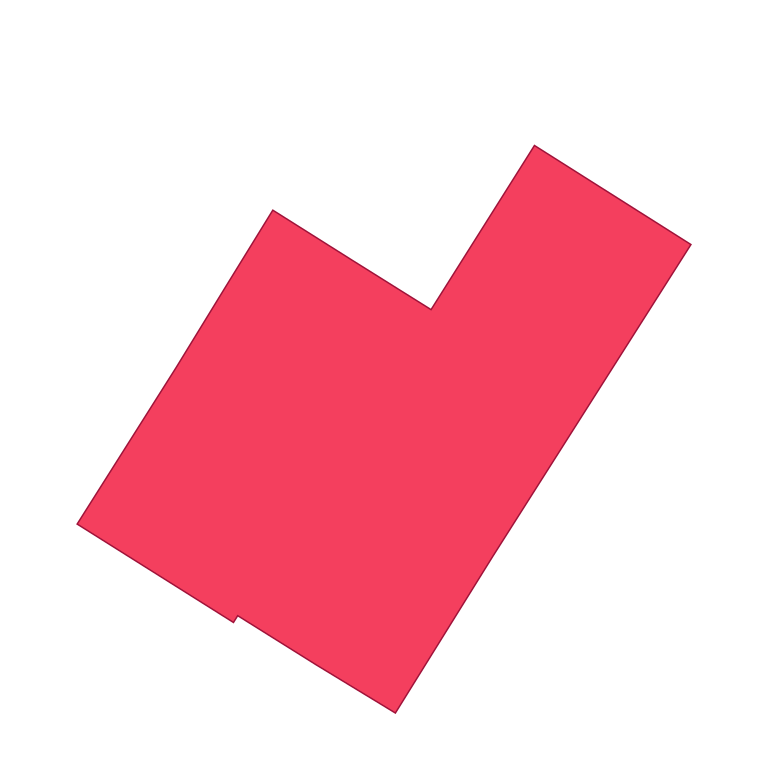 the district of Montcalm, Michigan, United States of America, rotated 122°
{"feature_id": "52423323B91024562611381", "entity_name": "Montcalm", "entity_type": "district", "adm_level": 2, "iso_a3": "USA", "parent_name": "United States of America", "parent_adm1": "Michigan", "projection": "orthographic", "projection_center": [-85.151, 43.293], "detail": "fine", "context": "isolated", "style": "filled", "palette": "rose", "viewbox_px": 768, "rotation_deg": 122, "n_neighbors": 0, "source": "geoboundaries", "source_scale": "gbopen_adm2", "svg_char_len": 351}
<svg xmlns="http://www.w3.org/2000/svg" viewBox="0 0 768 768"><g transform="rotate(122 384 384)"><path d="M472.2,200.4L103.1,197.6L102.0,382.8L110.4,382.8L296.0,383.5L295.9,477.0L295.5,570.4L388.0,569.8L480.2,569.0L665.4,570.0L666.0,385.3L658.0,385.3L658.1,292.7L657.0,200.0L472.2,200.4Z" fill="#f43f5e" stroke="#9f1239" stroke-width="1.5"/></g></svg>